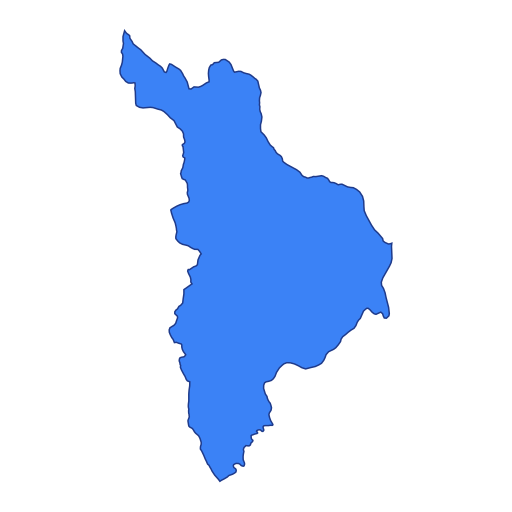 outline of Aguada, Santander, Colombia
{"feature_id": "7082276B46903478883308", "entity_name": "Aguada", "entity_type": "district", "adm_level": 2, "iso_a3": "COL", "parent_name": "Colombia", "parent_adm1": "Santander", "projection": "robinson", "projection_center": [-73.538, 6.182], "detail": "fine", "context": "isolated", "style": "filled", "palette": "blue", "viewbox_px": 512, "rotation_deg": 0, "n_neighbors": 0, "source": "geoboundaries", "source_scale": "gbopen_adm2", "svg_char_len": 6037}
<svg xmlns="http://www.w3.org/2000/svg" viewBox="0 0 512 512"><path d="M391.8,243.2L390.2,243.8L388.4,244.0L384.7,242.3L383.1,240.9L382.6,238.5L378.1,233.2L374.6,229.9L371.5,225.2L366.3,215.7L364.2,210.7L363.9,206.6L363.7,201.0L362.5,196.4L359.7,192.0L356.5,189.4L353.3,187.7L350.3,187.4L347.6,186.9L342.0,184.2L340.1,184.3L338.2,184.8L336.0,183.5L334.0,182.7L332.3,182.5L330.9,182.5L329.7,181.7L328.6,179.8L327.5,178.3L325.8,177.6L323.6,176.3L321.6,175.7L315.8,176.6L313.3,176.5L311.6,177.2L310.0,177.5L308.7,178.0L307.1,178.0L305.6,177.2L303.8,176.7L302.1,175.5L299.9,172.2L296.7,169.8L286.9,164.5L283.7,162.2L282.7,161.2L282.3,158.7L281.4,156.7L280.2,155.5L277.4,153.8L276.1,152.4L275.2,150.6L274.0,149.2L273.5,147.7L272.0,146.6L270.2,145.0L268.0,141.5L266.3,137.9L264.2,135.0L260.9,131.7L260.5,128.5L260.5,124.7L261.4,121.2L261.9,117.0L261.2,113.8L260.2,111.6L259.7,109.3L259.9,106.7L259.4,104.9L259.6,102.8L259.4,100.7L259.6,97.7L260.4,95.4L261.0,92.6L260.5,90.3L259.4,88.0L257.8,81.1L256.1,79.2L254.9,78.5L253.1,76.9L250.9,75.2L249.1,74.2L246.1,73.5L243.7,72.8L240.9,71.4L238.7,71.3L234.5,72.2L233.6,71.1L231.0,64.6L229.2,62.1L225.3,59.5L223.5,59.4L221.4,59.9L218.7,62.3L214.3,62.7L212.6,64.6L210.8,65.1L209.3,67.6L208.7,70.0L208.4,73.4L208.6,76.3L209.1,80.2L209.1,81.8L206.4,82.9L202.7,85.4L200.8,86.4L198.4,87.2L194.0,86.9L191.1,89.0L189.0,88.8L187.2,82.0L185.0,78.0L183.7,76.1L182.6,73.7L180.6,70.4L178.9,69.0L175.6,67.1L171.5,64.4L169.7,63.9L169.0,65.0L167.8,68.2L166.9,71.2L166.0,72.5L164.3,71.9L162.3,68.1L160.5,66.3L158.2,64.8L156.0,63.1L152.4,60.8L149.9,58.2L145.0,54.4L140.8,49.8L138.2,47.9L133.2,43.9L132.1,41.5L129.9,38.3L129.7,35.8L128.6,34.7L127.0,33.7L126.0,32.7L124.6,30.7L123.0,36.6L123.0,40.5L123.1,41.6L123.5,43.3L122.7,48.4L121.5,50.5L121.4,52.3L122.6,54.1L122.9,56.3L122.3,62.2L121.5,65.2L120.2,68.4L120.0,70.7L120.2,73.7L121.8,77.0L124.0,79.2L125.7,81.4L128.3,83.0L130.8,83.1L132.4,83.0L133.7,82.7L135.0,83.0L135.2,85.9L134.8,88.4L135.3,91.7L135.7,103.3L136.3,105.5L139.5,107.3L143.0,107.9L150.2,107.3L153.1,107.6L157.8,109.1L161.3,110.0L163.9,111.5L167.5,114.7L170.3,117.8L174.0,120.6L177.3,127.0L180.2,128.9L182.4,131.2L183.5,133.8L183.6,137.0L184.6,139.7L185.0,141.9L184.3,143.4L182.4,144.6L182.3,145.7L183.0,146.6L183.7,152.5L182.7,155.8L183.2,157.0L184.8,158.0L184.7,159.4L184.1,162.4L183.4,164.3L182.8,167.7L181.2,170.9L181.1,172.3L180.6,173.6L181.6,177.0L182.2,178.6L183.5,179.3L185.3,180.0L186.2,181.5L187.3,183.5L187.5,185.4L187.5,187.3L187.8,189.6L187.8,190.8L187.3,192.4L187.4,194.2L189.1,198.4L189.3,200.6L188.6,202.1L186.9,203.1L183.8,203.6L180.1,204.7L176.9,206.1L173.5,208.0L171.3,209.4L170.8,210.0L171.5,213.0L173.1,218.0L175.2,222.9L176.0,226.3L176.4,228.5L176.5,229.9L176.9,231.7L176.1,235.0L175.8,237.0L175.9,238.7L177.9,241.2L179.7,242.9L182.5,244.3L185.9,245.1L188.3,245.8L190.5,247.3L192.5,248.4L194.6,249.3L197.9,249.4L199.5,251.2L201.2,253.9L200.0,255.3L198.0,259.9L197.4,264.7L196.0,266.0L193.7,266.8L189.4,269.7L188.3,269.5L187.9,270.1L187.7,271.2L188.6,273.6L190.3,277.0L190.9,279.6L190.8,282.0L192.0,283.9L183.9,289.6L183.9,293.9L183.2,298.6L182.7,303.0L180.7,305.3L178.9,306.4L177.5,308.9L175.9,310.1L174.8,311.8L174.8,313.7L177.4,316.2L177.6,317.8L176.5,320.8L175.7,323.3L174.1,325.2L170.0,327.7L169.2,329.8L169.3,332.2L170.3,334.8L171.7,337.5L173.2,339.5L174.4,342.6L176.4,342.3L178.6,343.2L181.1,343.9L181.8,344.9L181.8,347.0L182.3,349.3L183.4,351.6L184.9,353.6L185.7,354.8L184.7,356.2L184.0,356.8L181.3,357.3L180.0,357.8L179.4,359.0L179.2,360.9L179.9,362.8L180.1,364.4L180.6,365.3L180.4,367.3L181.5,370.0L183.5,373.8L185.1,376.5L186.3,379.5L187.4,380.9L189.8,381.8L189.7,385.9L189.1,390.0L188.8,394.0L188.8,401.0L188.4,404.0L188.3,406.2L188.4,407.4L188.8,409.2L188.6,410.8L188.7,413.1L189.1,414.6L189.1,415.6L189.3,416.9L188.0,420.4L188.0,421.3L188.6,425.1L188.9,426.2L189.8,427.1L191.9,428.2L192.6,428.8L193.7,430.4L194.3,431.6L195.6,433.2L198.1,435.3L198.9,436.2L200.1,438.7L201.2,442.3L201.2,444.2L200.5,446.6L200.4,447.9L200.4,449.1L201.6,450.8L203.7,455.2L205.3,459.1L206.5,461.5L207.6,464.1L209.0,465.3L209.9,467.1L211.0,468.9L212.0,471.0L214.7,475.1L218.5,479.4L219.9,481.3L221.2,480.4L224.3,478.8L227.3,477.0L228.9,475.5L232.6,474.2L234.8,472.9L235.9,472.0L236.2,470.7L236.1,469.8L235.6,468.8L233.8,467.5L233.3,465.9L233.5,465.0L233.7,464.6L235.3,463.7L236.1,463.4L238.5,463.5L239.7,464.0L241.3,465.6L242.4,466.0L243.4,466.2L244.1,465.8L244.6,464.0L244.4,462.8L243.2,459.8L243.1,458.0L243.1,456.2L243.4,453.9L243.9,451.4L243.4,449.7L243.5,449.0L244.1,447.4L245.1,446.5L245.9,445.6L248.4,445.9L249.3,445.8L249.7,445.5L250.4,444.9L250.9,443.1L252.5,441.6L252.8,440.9L252.9,440.3L251.9,439.5L251.5,438.8L251.2,437.8L251.1,435.7L251.6,435.2L253.4,434.6L254.5,434.1L257.0,433.5L257.6,433.0L257.4,432.3L256.5,431.3L256.8,430.6L258.3,429.9L260.0,429.8L260.8,430.2L261.3,430.8L262.1,431.4L262.9,431.4L263.7,430.5L263.8,429.9L263.1,427.5L263.1,426.9L263.3,426.3L263.9,425.8L265.2,425.6L268.4,425.6L270.2,425.3L272.4,425.3L272.9,424.8L272.7,424.1L270.7,420.7L269.6,417.7L268.9,414.7L269.3,413.0L271.0,410.3L271.2,409.4L271.5,407.8L270.9,405.3L270.2,403.2L269.1,401.9L268.0,399.9L267.3,398.1L267.0,396.5L265.3,393.9L263.6,388.4L263.7,385.2L264.6,382.8L266.2,381.8L268.7,381.3L271.4,380.4L273.3,378.8L275.0,376.3L276.5,372.4L279.4,367.9L282.0,365.4L283.8,363.9L286.7,362.7L290.3,362.8L294.4,363.9L298.5,365.8L301.9,367.7L305.6,368.9L310.5,367.6L315.3,366.5L318.8,364.9L321.5,363.3L323.7,360.4L325.0,357.7L326.1,354.6L328.6,351.7L333.8,349.2L335.8,347.7L338.2,344.9L340.5,341.6L341.1,339.1L342.7,336.7L345.6,334.5L348.2,332.2L351.0,330.1L354.0,328.3L355.9,325.6L357.2,322.3L358.6,320.1L360.3,318.4L363.5,311.1L365.4,309.3L366.8,308.3L368.2,308.3L370.1,309.9L372.2,312.3L374.2,313.8L376.0,314.3L380.8,312.1L382.6,313.7L383.3,316.0L384.3,318.0L386.4,318.2L388.9,315.8L389.3,313.6L388.6,307.4L386.0,297.3L385.1,292.9L383.5,288.5L381.6,285.4L381.3,282.2L382.8,277.9L389.4,266.3L391.1,262.7L392.0,258.5L391.5,246.3L391.8,243.2Z" fill="#3b82f6" stroke="#1e3a8a" stroke-width="1.5"/></svg>